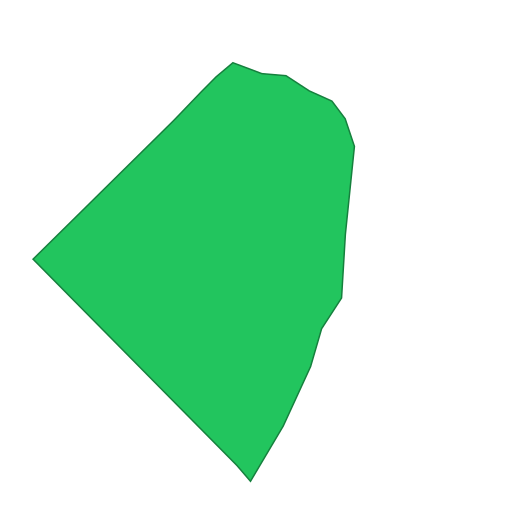 Marshall, Kentucky, United States of America (Natural Earth projection), rotated 45°
{"feature_id": "52423323B97472701360775", "entity_name": "Marshall", "entity_type": "district", "adm_level": 2, "iso_a3": "USA", "parent_name": "United States of America", "parent_adm1": "Kentucky", "projection": "natural_earth1", "projection_center": [-88.333, 36.906], "detail": "fine", "context": "isolated", "style": "filled", "palette": "green", "viewbox_px": 512, "rotation_deg": 45, "n_neighbors": 0, "source": "geoboundaries", "source_scale": "gbopen_adm2", "svg_char_len": 396}
<svg xmlns="http://www.w3.org/2000/svg" viewBox="0 0 512 512"><g transform="rotate(45 256 256)"><path d="M102.0,218.5L100.6,415.9L390.5,417.6L411.4,419.2L395.5,357.0L372.8,295.6L353.8,261.0L346.2,225.2L303.9,177.5L248.1,108.9L222.0,95.9L200.2,92.8L176.9,101.6L149.7,107.3L131.2,122.9L103.0,135.7L101.1,157.7L101.2,178.4L102.0,218.5Z" fill="#22c55e" stroke="#15803d" stroke-width="1.5"/></g></svg>